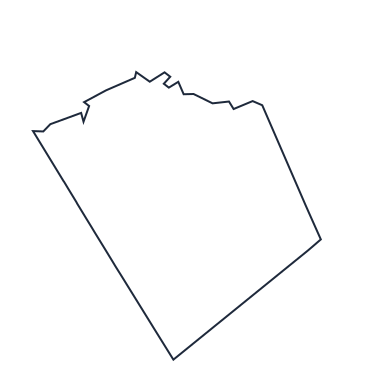 the district of Montgomery, Tennessee, United States of America, rotated 239°
{"feature_id": "52423323B95053612066868", "entity_name": "Montgomery", "entity_type": "district", "adm_level": 2, "iso_a3": "USA", "parent_name": "United States of America", "parent_adm1": "Tennessee", "projection": "albers", "projection_center": [-87.301, 36.477], "detail": "fine", "context": "isolated", "style": "outline", "palette": "slate", "viewbox_px": 384, "rotation_deg": 239, "n_neighbors": 0, "source": "geoboundaries", "source_scale": "gbopen_adm2", "svg_char_len": 680}
<svg xmlns="http://www.w3.org/2000/svg" viewBox="0 0 384 384"><g transform="rotate(239 192 192)"><path d="M57.9,89.7L82.2,261.6L85.0,278.0L113.7,281.5L122.5,282.6L230.2,296.9L238.7,290.8L241.7,270.4L250.5,270.3L257.4,255.3L275.2,243.8L280.1,235.2L293.5,237.0L293.4,225.9L299.3,223.6L302.0,232.7L308.7,230.1L308.3,212.6L323.5,205.9L319.3,201.8L323.4,170.7L324.6,145.8L318.7,148.1L308.1,135.2L316.9,137.7L323.1,105.5L320.5,95.7L326.1,87.1L267.2,87.5L266.9,87.6L258.5,87.6L242.8,87.7L241.2,87.6L224.2,87.7L213.5,87.8L209.3,87.8L207.4,87.8L188.1,88.0L173.5,88.1L168.1,88.1L162.2,88.2L157.7,88.3L97.7,89.1L96.7,89.1L57.9,89.7Z" fill="none" stroke="#1e293b" stroke-width="2"/></g></svg>